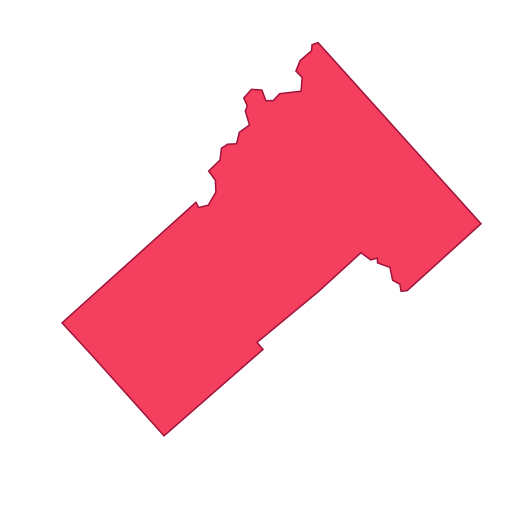 Hinsdale, Colorado, United States of America, rotated 48°
{"feature_id": "52423323B80140634274819", "entity_name": "Hinsdale", "entity_type": "district", "adm_level": 2, "iso_a3": "USA", "parent_name": "United States of America", "parent_adm1": "Colorado", "projection": "robinson", "projection_center": [-107.379, 37.785], "detail": "fine", "context": "isolated", "style": "filled", "palette": "rose", "viewbox_px": 512, "rotation_deg": 48, "n_neighbors": 0, "source": "geoboundaries", "source_scale": "gbopen_adm2", "svg_char_len": 705}
<svg xmlns="http://www.w3.org/2000/svg" viewBox="0 0 512 512"><g transform="rotate(48 256 256)"><path d="M328.1,444.7L330.1,313.3L320.9,313.1L324.2,233.2L323.8,175.8L335.6,173.4L338.8,167.3L342.5,170.3L354.1,164.1L365.4,170.7L373.3,168.0L379.3,171.8L382.9,166.8L382.6,67.2L138.9,67.1L136.5,73.0L140.6,77.2L140.3,92.4L145.3,102.6L154.1,102.2L163.7,112.2L151.2,129.8L152.0,139.3L147.2,144.7L136.6,140.6L129.1,147.9L130.4,159.4L138.7,162.1L141.1,166.9L154.3,173.2L152.9,185.5L159.6,195.4L153.9,202.3L152.8,209.6L160.6,218.5L161.2,234.4L172.5,235.5L181.7,243.1L186.3,257.5L181.6,266.2L175.9,264.7L175.9,331.8L175.9,444.9L221.8,444.4L328.1,444.7Z" fill="#f43f5e" stroke="#9f1239" stroke-width="1.5"/></g></svg>